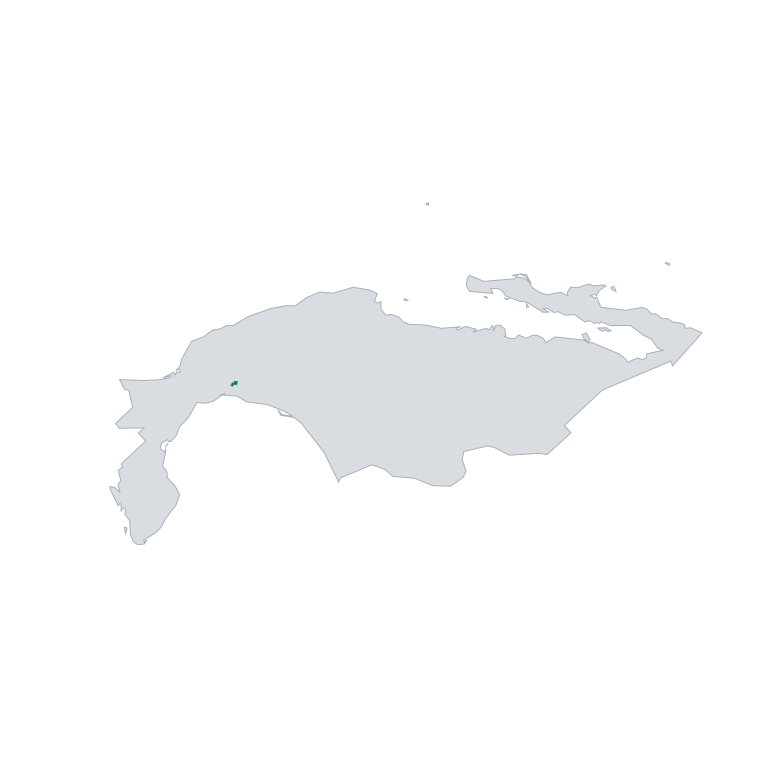 Cuitláhuac, Veracruz, Mexico shown in context, rotated 137°
{"feature_id": "50627088B21126743543200", "entity_name": "Cuitláhuac", "entity_type": "district", "adm_level": 2, "iso_a3": "MEX", "parent_name": "Mexico", "parent_adm1": "Veracruz", "projection": "mercator", "projection_center": [-96.646, 18.79], "detail": "fine", "context": "in_parent", "style": "filled", "palette": "green", "viewbox_px": 768, "rotation_deg": 137, "n_neighbors": 0, "source": "geoboundaries", "source_scale": "gbopen_adm2", "svg_char_len": 5017}
<svg xmlns="http://www.w3.org/2000/svg" viewBox="0 0 768 768"><g transform="rotate(137 384 384)"><path d="M116.4,204.5L160.6,200.5L158.6,205.1L228.4,230.7L280.4,230.6L280.4,220.9L312.8,221.1L318.4,228.0L341.0,246.6L346.5,262.1L350.5,268.1L371.6,280.1L378.3,275.6L383.4,264.3L389.8,261.8L405.0,263.8L417.6,276.3L426.0,294.3L440.6,310.5L441.5,320.7L447.9,333.2L479.8,345.0L484.0,343.2L474.4,375.1L471.2,412.8L472.6,420.8L480.9,431.6L479.1,437.3L479.6,431.5L472.8,422.4L474.9,430.8L483.2,448.3L496.7,464.9L499.7,475.2L509.1,485.6L506.5,485.4L511.9,487.9L510.2,486.4L520.1,487.7L527.2,491.3L533.4,498.0L550.1,492.9L562.4,492.2L570.5,488.2L579.1,487.4L580.8,488.9L580.2,491.0L587.2,492.4L592.0,489.2L590.7,483.8L588.4,485.1L589.0,484.0L601.8,475.0L602.7,467.6L606.4,463.4L606.5,451.4L608.9,442.5L618.7,437.3L636.0,434.5L643.6,431.5L652.1,430.8L666.0,433.9L667.1,431.9L663.5,431.8L668.2,430.4L673.8,434.4L674.8,439.7L672.0,446.9L662.9,457.8L662.5,465.1L658.0,469.4L658.7,471.1L662.8,470.5L658.5,475.0L658.5,476.8L661.4,476.3L655.8,494.3L654.4,496.0L651.5,491.9L650.9,485.1L646.8,492.1L642.6,492.6L637.4,501.9L631.4,501.8L630.8,504.8L597.2,504.8L597.2,515.7L589.5,515.6L607.8,532.2L607.2,538.3L583.5,538.4L574.9,553.6L577.3,557.4L574.3,567.5L557.2,550.3L543.4,538.7L535.0,534.3L534.0,535.4L541.8,539.4L529.7,535.9L530.5,533.1L527.3,534.2L525.3,531.7L523.1,534.4L527.1,535.7L521.0,536.3L514.9,540.2L495.7,546.4L483.3,541.5L472.8,540.4L465.7,535.8L458.7,533.9L454.3,529.5L437.2,525.9L415.9,516.7L402.1,508.0L396.2,502.0L381.8,500.0L368.2,495.0L359.5,485.2L340.6,475.8L330.7,462.8L327.2,454.8L334.7,451.0L333.5,447.6L330.1,446.5L335.2,440.4L335.7,433.0L331.6,430.5L327.6,423.2L327.6,416.5L325.0,410.5L313.7,399.1L303.9,385.4L288.7,373.5L293.0,375.7L293.3,373.1L285.2,370.6L279.2,361.1L283.4,361.4L271.5,355.0L269.9,351.8L265.4,353.0L264.7,351.5L268.0,347.8L262.3,350.7L258.9,348.0L258.1,341.7L262.3,336.1L263.8,337.2L260.9,331.4L257.1,327.8L252.1,328.0L248.6,320.2L242.5,318.5L238.8,315.2L236.2,308.3L237.8,303.9L226.9,301.8L207.8,279.8L206.7,274.5L203.8,272.8L191.3,245.2L190.2,236.6L191.5,233.8L180.9,230.2L178.4,225.7L174.9,224.1L171.2,226.8L156.8,218.3L159.4,223.7L157.8,234.3L161.0,242.7L163.8,258.6L178.5,272.4L183.2,281.7L185.3,281.3L186.5,284.1L188.6,284.4L190.6,290.4L194.7,292.2L197.3,304.7L204.7,311.0L207.2,318.0L210.7,320.2L213.3,328.5L216.3,330.5L214.5,324.3L218.7,327.9L223.8,346.7L228.5,352.0L234.9,365.4L234.0,371.1L235.4,376.1L240.8,381.0L242.7,376.0L258.2,393.4L256.8,399.8L250.8,404.6L247.4,405.2L240.9,390.9L216.6,371.8L214.4,372.0L209.4,366.0L208.4,361.9L209.7,352.8L207.6,344.2L203.8,338.0L192.0,330.4L189.5,322.9L187.4,326.1L181.4,327.6L176.9,322.5L165.8,317.3L164.0,312.9L155.7,306.6L154.9,304.4L163.5,305.6L168.4,303.7L168.4,305.8L172.7,307.8L171.1,302.8L169.1,302.5L173.1,292.2L156.7,272.8L143.2,264.2L140.7,259.9L140.6,252.6L137.3,250.2L136.0,241.9L131.7,238.3L131.1,233.3L125.0,225.5L123.9,221.9L125.8,219.3L121.6,216.2L116.4,204.5ZM207.0,280.1L205.6,285.0L201.3,283.4L203.0,275.9L205.5,275.1L207.0,280.1ZM189.5,279.1L183.2,273.7L181.6,268.1L184.7,269.9L185.5,273.0L188.6,273.8L189.5,279.1ZM671.7,456.4L670.2,454.9L671.0,452.8L675.0,451.0L671.7,456.4ZM209.7,372.0L205.3,367.0L207.8,357.0L207.2,366.0L209.7,372.0ZM152.4,299.6L149.1,298.9L151.3,293.4L152.8,297.5L152.4,299.6ZM95.9,281.4L93.0,277.8L93.6,276.2L94.7,276.3L95.9,281.4ZM213.4,372.1L216.1,376.0L210.5,372.2L213.4,372.1ZM311.9,430.7L311.4,432.3L310.0,431.6L309.4,428.9L311.9,430.7ZM236.6,361.9L237.6,365.0L234.7,361.1L236.6,361.9ZM225.8,341.6L227.4,342.9L225.0,345.7L225.8,341.6ZM230.7,486.9L229.6,487.3L228.0,486.1L229.4,484.5L230.7,486.9ZM585.0,487.5L582.0,488.2L587.2,486.5L585.0,487.5ZM251.3,379.3L249.8,378.9L249.6,376.0L251.3,379.3Z" fill="#d9dde1" stroke="#a8b0b8" stroke-width="1"/><path d="M491.3,484.9L491.3,485.1L491.2,485.1L491.1,485.3L491.0,485.6L491.1,485.8L490.9,485.9L490.7,485.9L490.8,486.0L491.0,486.1L490.9,486.1L490.7,486.2L490.7,486.3L490.8,486.3L490.7,486.3L490.8,486.4L491.0,486.4L491.0,486.5L491.3,486.6L491.5,486.7L491.6,486.8L491.6,486.7L491.6,486.8L491.7,486.7L491.7,486.8L491.8,486.8L492.0,486.8L492.3,486.8L492.5,486.8L492.7,486.7L492.8,486.7L492.8,486.8L493.0,486.8L493.0,486.7L493.1,486.8L493.3,486.8L493.5,486.8L493.8,486.9L494.0,487.0L494.0,486.9L494.1,487.0L494.1,486.9L494.1,487.0L494.2,486.9L494.3,486.9L494.4,487.0L494.4,486.9L494.5,487.0L494.8,487.0L495.0,487.0L495.3,487.1L495.5,487.2L495.8,487.1L496.0,487.0L496.1,486.9L496.3,487.0L496.3,486.7L496.5,486.7L496.4,486.7L496.2,486.5L496.2,486.4L496.3,486.3L496.3,486.2L496.2,486.2L496.2,486.3L496.2,486.2L495.9,486.2L495.9,486.3L495.8,486.5L495.7,486.5L495.4,486.6L495.2,486.6L494.9,486.6L494.7,486.5L494.4,486.5L494.2,486.5L494.0,486.4L493.9,486.4L493.7,486.3L493.4,486.3L493.2,486.4L492.9,486.4L492.7,486.2L492.4,485.7L492.2,485.7L492.2,485.4L492.3,485.4L492.3,485.5L492.4,484.7L492.2,484.8L492.0,485.0L491.9,485.0L491.9,484.9L491.7,484.8L491.6,485.0L491.4,485.0L491.4,484.9L491.3,484.9Z" fill="#22c55e" stroke="#15803d" stroke-width="1.5"/></g></svg>